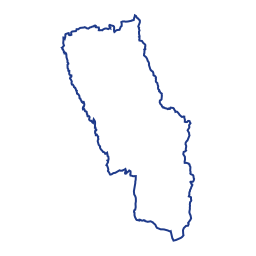 Fray Mamerto Esquiú, Catamarca, Argentina
{"feature_id": "61730980B86021730445369", "entity_name": "Fray Mamerto Esquiú", "entity_type": "district", "adm_level": 2, "iso_a3": "ARG", "parent_name": "Argentina", "parent_adm1": "Catamarca", "projection": "natural_earth1", "projection_center": [-65.731, -28.34], "detail": "fine", "context": "isolated", "style": "outline", "palette": "blue", "viewbox_px": 256, "rotation_deg": 0, "n_neighbors": 0, "source": "geoboundaries", "source_scale": "gbopen_adm2", "svg_char_len": 5737}
<svg xmlns="http://www.w3.org/2000/svg" viewBox="0 0 256 256"><path d="M136.6,219.9L139.3,220.5L139.4,219.7L139.9,219.7L141.9,220.6L143.0,220.6L143.6,220.2L144.7,220.4L145.1,221.1L147.7,221.8L150.6,221.3L152.9,222.4L153.1,222.8L155.1,224.5L155.6,225.2L156.0,226.3L156.9,227.8L160.6,229.3L163.9,229.4L167.6,230.4L170.2,231.5L170.7,231.2L172.4,238.5L172.7,238.7L173.5,240.6L176.0,240.0L180.8,237.9L182.2,236.9L183.5,235.3L183.2,234.0L183.0,230.2L183.8,228.1L186.0,225.9L188.0,225.7L188.7,224.0L188.1,223.0L190.4,219.8L191.1,218.3L190.5,215.2L190.1,214.6L189.4,212.6L189.4,211.7L189.9,208.9L189.8,207.7L190.0,205.5L189.8,204.6L190.1,202.2L191.0,201.1L191.3,200.3L191.0,199.1L191.0,197.3L190.3,196.9L188.8,196.4L189.4,194.7L189.3,193.9L189.4,192.2L189.9,191.3L190.1,189.9L190.9,188.5L191.5,186.5L192.2,185.6L192.3,184.6L191.6,184.3L191.5,183.8L190.4,182.0L190.7,181.7L192.6,181.8L193.1,181.5L193.7,180.5L194.1,178.9L193.7,178.1L193.4,175.8L193.0,175.1L190.7,174.1L190.3,173.5L190.6,172.1L190.2,170.5L190.4,167.2L190.2,166.4L189.7,165.8L189.5,164.4L188.8,164.0L188.7,163.6L186.6,162.9L184.7,162.9L184.6,161.6L185.0,159.6L184.9,156.8L183.3,154.3L183.3,153.8L183.7,151.9L185.3,151.3L186.1,150.5L185.8,150.1L185.8,148.9L186.2,146.7L186.1,145.4L185.5,144.2L185.7,142.6L186.8,141.0L187.4,140.6L189.5,135.4L189.1,134.1L189.1,133.0L187.6,130.3L189.2,127.8L189.4,127.1L189.1,125.8L189.1,125.1L190.5,123.2L189.8,122.0L189.6,121.2L188.9,120.9L188.0,121.0L187.1,122.0L186.0,122.1L184.8,121.8L184.9,119.7L184.3,117.8L184.3,116.6L183.4,116.5L182.5,116.9L181.8,116.9L179.5,114.8L178.8,113.6L177.2,111.8L176.3,111.6L175.4,111.9L175.1,110.7L174.3,109.7L173.9,108.6L173.2,108.0L170.5,107.6L170.3,107.8L170.2,108.6L170.0,108.9L169.1,109.0L168.9,108.6L168.6,108.5L167.7,109.1L166.7,108.5L165.0,108.2L164.3,107.6L163.3,107.7L163.1,107.1L162.1,106.6L161.6,105.2L160.4,104.0L159.7,102.3L159.9,100.5L160.8,100.1L161.5,99.4L161.9,95.6L161.7,95.0L161.8,93.6L160.3,92.6L159.7,91.2L159.1,91.2L159.1,89.8L158.4,89.3L158.2,88.9L158.0,87.8L158.2,86.2L157.7,85.0L157.3,83.0L156.1,82.0L155.9,81.6L155.8,80.8L156.0,79.0L155.7,78.3L156.0,77.7L155.6,76.7L154.6,75.7L154.1,75.7L153.5,75.3L153.4,73.2L152.8,71.6L151.9,71.1L151.2,70.3L150.9,70.3L150.4,69.5L148.9,64.8L149.1,64.1L149.0,63.2L148.3,61.5L147.7,60.9L147.2,59.1L146.2,57.3L144.0,55.4L144.1,53.6L144.4,53.1L144.4,51.5L144.6,50.6L144.2,49.5L144.5,49.2L145.3,49.1L145.3,48.8L145.0,48.0L145.2,47.1L145.1,46.8L145.4,46.0L145.2,44.6L143.2,42.9L142.0,41.0L139.4,40.5L139.2,39.5L139.5,38.8L139.5,37.5L139.0,36.9L139.6,36.2L139.1,34.4L139.0,32.8L139.0,31.5L139.5,30.6L138.9,28.5L139.1,27.7L138.3,26.7L138.3,26.4L139.8,22.5L139.9,20.8L139.7,20.2L138.9,19.6L138.2,18.5L137.7,18.4L136.7,17.5L136.1,16.1L134.9,15.4L134.7,16.7L134.3,17.4L133.7,20.1L132.1,20.3L131.8,20.7L127.9,21.5L125.6,21.7L124.3,21.4L122.5,21.5L121.3,22.1L121.7,23.7L121.7,25.4L121.6,26.1L120.8,26.6L119.5,29.8L116.9,30.1L115.4,30.9L115.1,31.5L114.4,32.0L114.1,31.3L114.0,29.6L114.2,27.8L114.0,26.7L113.4,26.0L110.7,25.3L109.9,24.9L109.4,25.2L109.3,25.9L109.5,26.7L110.0,27.4L110.3,27.6L110.1,28.0L110.2,28.4L109.8,28.2L108.2,29.1L106.6,28.5L105.2,28.5L103.3,29.3L102.3,30.3L101.0,30.1L99.8,30.3L98.8,30.2L99.0,29.0L98.8,27.5L95.7,27.2L95.6,26.6L95.8,25.9L95.1,25.5L94.1,25.8L93.6,26.4L92.3,26.6L91.1,27.2L90.0,27.4L88.3,28.6L86.5,28.2L85.7,27.5L84.5,27.2L84.1,27.5L80.2,27.9L79.0,28.7L79.0,28.3L78.9,28.7L78.2,29.2L76.6,29.2L76.5,29.9L75.9,31.1L72.9,31.4L72.0,31.6L71.4,32.1L71.1,32.7L71.4,34.8L70.8,35.1L69.3,35.1L68.9,34.8L68.8,33.2L68.4,33.1L65.6,34.1L65.4,34.3L65.3,36.9L64.8,38.6L64.1,37.6L63.4,37.5L63.4,38.0L63.5,39.9L63.2,43.2L64.0,45.6L63.1,46.5L62.6,47.4L61.9,47.7L62.2,48.1L62.5,49.2L63.1,49.4L63.3,50.5L63.9,51.3L63.9,52.2L64.6,52.2L64.9,52.7L64.7,53.3L65.1,53.3L65.2,53.5L65.8,53.2L66.3,54.1L66.5,57.4L67.5,60.5L67.5,62.4L68.2,63.0L68.4,63.8L67.5,64.7L67.6,68.1L68.3,69.2L68.3,70.8L68.5,71.0L69.3,71.0L69.2,73.8L69.5,74.6L70.2,75.1L71.4,75.4L71.4,76.6L70.7,77.3L70.3,77.3L70.0,78.5L70.9,79.6L71.8,81.5L71.5,83.0L71.9,84.5L72.8,84.6L73.7,85.9L74.0,87.1L75.2,87.7L75.2,88.4L75.8,89.0L76.1,90.4L76.8,90.7L76.6,91.6L77.0,92.7L77.0,93.6L77.7,94.1L78.3,94.2L79.4,96.0L79.5,98.1L80.4,98.6L80.4,99.3L81.5,100.9L81.5,101.5L81.9,102.1L82.7,102.7L83.3,101.9L83.7,101.9L84.3,104.1L84.3,104.9L83.9,106.5L83.4,106.6L83.0,107.4L82.8,108.2L83.0,109.4L83.5,109.3L83.9,108.7L84.4,109.3L85.0,111.1L85.4,111.4L86.1,111.4L86.7,111.9L86.9,114.0L87.3,114.2L87.4,114.9L87.4,115.9L87.6,116.3L88.9,116.1L89.6,117.1L89.1,119.3L89.6,120.3L90.7,120.9L91.3,120.8L92.4,122.5L93.0,122.9L93.1,121.6L93.7,119.3L94.6,120.7L95.0,121.6L95.1,123.0L94.9,127.5L95.4,127.5L95.6,128.2L95.4,128.5L95.5,128.9L96.4,129.9L96.2,130.4L95.6,130.5L95.1,131.0L95.1,133.0L95.6,133.6L95.8,135.1L96.9,134.8L97.3,135.7L98.2,136.6L98.0,137.8L98.4,139.1L97.9,140.0L97.7,141.2L98.7,144.8L100.1,146.4L100.0,147.7L100.9,149.4L102.2,150.7L103.1,152.0L103.7,152.0L104.8,152.7L105.2,153.8L105.7,153.8L107.1,152.7L107.5,154.6L107.5,155.9L108.3,156.5L108.6,159.0L108.3,160.2L107.4,160.5L108.1,161.6L108.0,162.2L106.4,165.2L107.2,165.8L108.0,168.1L108.3,169.5L108.2,170.2L107.9,170.8L108.0,171.2L109.1,172.4L109.7,173.9L110.2,174.6L111.6,174.3L113.4,173.1L115.3,172.8L119.6,170.3L120.5,170.7L122.4,170.7L123.3,170.0L124.2,169.8L125.4,169.0L126.0,170.9L125.1,172.3L125.1,173.5L125.6,173.7L126.4,173.4L127.1,172.2L128.2,171.7L129.2,170.5L130.5,171.3L130.6,173.1L130.2,174.4L130.5,175.5L131.1,175.5L133.0,176.2L135.8,176.1L135.7,179.7L135.3,181.6L135.3,183.0L133.9,191.2L134.2,194.4L135.3,196.3L135.8,198.0L135.9,201.2L135.5,203.7L135.7,207.1L135.3,209.2L135.2,209.7L134.4,210.1L134.1,211.0L134.0,212.0L134.5,212.7L134.5,215.3L135.0,217.0L136.2,219.4L136.6,219.9Z" fill="none" stroke="#1e3a8a" stroke-width="2"/></svg>